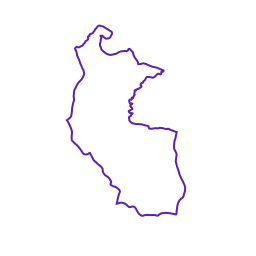 the district of La Victoria, Boyacá, Colombia, rotated 307°
{"feature_id": "7082276B50936254037238", "entity_name": "La Victoria", "entity_type": "district", "adm_level": 2, "iso_a3": "COL", "parent_name": "Colombia", "parent_adm1": "Boyacá", "projection": "orthographic", "projection_center": [-74.222, 5.516], "detail": "fine", "context": "isolated", "style": "outline", "palette": "violet", "viewbox_px": 256, "rotation_deg": 307, "n_neighbors": 0, "source": "geoboundaries", "source_scale": "gbopen_adm2", "svg_char_len": 5191}
<svg xmlns="http://www.w3.org/2000/svg" viewBox="0 0 256 256"><g transform="rotate(307 128 128)"><path d="M154.0,169.4L153.6,168.0L153.0,165.9L152.2,163.6L151.9,162.2L151.9,161.2L151.4,160.2L150.7,159.8L150.1,159.3L149.9,158.5L149.3,157.3L148.6,155.5L147.9,154.4L147.2,153.2L145.9,152.3L145.3,151.5L144.3,149.9L143.3,149.0L142.2,147.9L141.4,147.0L140.5,145.7L140.5,144.9L140.8,144.3L141.4,143.9L141.7,143.4L141.6,142.5L141.2,141.6L140.6,140.5L140.1,139.1L139.5,137.5L139.0,136.4L138.2,135.4L137.7,134.4L137.2,133.6L136.8,133.2L136.0,132.1L135.7,131.7L135.5,130.9L135.1,130.1L134.7,129.2L134.3,127.9L134.4,126.5L134.5,125.5L134.9,124.5L135.7,123.9L136.3,123.0L137.2,122.2L137.9,122.3L138.6,122.7L139.7,122.9L140.3,122.8L141.7,122.9L142.4,122.8L142.3,122.3L141.8,121.5L141.4,121.3L141.3,120.8L141.2,119.8L141.4,119.1L142.0,118.4L142.4,118.4L142.9,118.8L143.7,119.2L145.0,119.8L145.7,120.0L146.1,119.6L146.6,118.4L146.7,117.1L147.0,116.5L147.6,116.1L148.1,116.3L148.7,116.6L149.5,116.8L150.0,116.7L149.9,116.2L149.5,115.7L149.1,115.0L149.0,114.5L149.6,113.5L150.3,112.6L150.9,112.3L151.7,112.4L152.0,112.5L152.3,113.0L152.7,113.7L153.3,113.7L153.8,113.5L154.5,112.9L154.9,113.0L154.9,113.4L155.2,114.0L155.7,113.8L156.6,113.5L157.4,113.2L158.4,113.4L158.8,113.1L159.1,112.4L159.8,112.2L160.5,111.8L161.4,111.3L162.0,110.8L162.4,110.8L162.5,111.1L162.6,111.5L162.8,111.7L163.7,111.5L164.1,111.6L164.4,112.0L165.2,112.5L166.3,113.1L167.4,113.4L168.4,113.8L169.1,113.9L169.7,113.1L170.0,112.1L170.7,111.6L171.1,111.7L171.6,111.8L172.0,111.8L172.4,112.0L172.7,112.2L173.2,112.6L173.7,112.6L174.4,112.2L175.0,112.3L175.9,112.6L176.9,112.7L177.9,112.4L178.9,112.3L179.8,112.2L180.5,112.7L181.2,113.8L181.8,114.8L182.5,116.1L182.9,117.3L183.5,117.8L184.0,118.1L184.7,118.4L185.6,118.6L186.6,118.8L187.9,118.8L189.0,119.2L189.6,119.5L189.9,120.2L190.2,121.2L190.4,121.7L190.9,121.9L191.5,121.8L192.1,121.5L192.6,121.0L193.0,120.9L193.4,121.1L193.8,121.8L194.3,122.1L194.9,122.1L195.3,121.8L194.9,120.2L194.2,117.3L193.6,114.9L192.4,112.3L191.5,110.3L190.6,107.0L190.0,104.0L189.0,101.5L187.5,100.1L186.1,99.1L185.2,97.7L186.2,96.7L187.0,95.4L187.7,93.3L188.4,90.8L189.5,88.6L190.5,87.6L191.5,85.9L191.9,83.3L192.1,81.6L191.6,81.0L191.0,81.0L189.9,81.2L188.5,80.6L188.2,79.9L186.9,78.3L186.0,77.4L184.8,76.1L182.7,74.9L180.4,74.0L178.9,72.7L176.7,71.0L175.4,69.4L174.6,67.0L174.3,65.4L174.3,62.0L174.7,59.7L175.8,58.1L176.2,57.6L176.6,56.6L177.2,55.8L177.9,55.3L178.5,54.9L179.4,54.6L180.5,54.1L181.2,53.7L181.7,53.3L182.1,53.1L183.6,52.6L184.4,52.0L184.9,51.0L185.2,50.6L185.8,51.2L186.2,51.9L186.2,52.5L186.0,53.9L186.0,55.2L186.0,56.4L186.7,57.3L187.9,58.6L188.8,59.0L189.8,59.2L190.6,59.0L191.8,58.8L193.3,58.7L194.0,58.2L194.5,57.8L194.9,57.0L194.9,55.8L194.5,51.6L194.1,47.2L192.6,43.6L191.9,42.9L190.8,42.6L188.9,42.6L188.3,42.6L187.4,42.5L186.6,42.4L186.0,42.6L185.3,42.8L184.6,42.7L183.7,42.6L183.2,42.7L182.5,42.6L181.5,42.2L180.6,41.5L179.9,41.1L179.5,41.2L178.8,41.4L178.3,41.8L177.9,41.7L177.4,41.3L176.8,41.1L176.3,41.5L175.7,42.2L175.1,42.5L174.2,42.7L173.2,42.5L172.5,42.0L171.4,41.9L170.6,42.1L169.9,42.3L169.1,42.0L168.1,41.9L167.1,42.1L165.8,41.8L165.0,41.2L164.1,40.9L163.1,40.4L162.4,39.6L161.9,38.2L161.0,37.9L159.8,37.7L159.2,38.4L158.5,39.7L157.7,41.1L155.2,43.9L152.4,48.9L150.7,51.3L149.0,54.4L148.0,56.0L147.5,57.5L145.0,60.4L142.2,61.3L140.7,61.5L138.6,61.7L136.8,61.4L134.6,61.2L132.1,61.2L130.1,61.7L128.3,62.0L126.3,62.3L124.5,63.1L122.6,64.3L120.8,65.4L120.0,66.0L119.5,66.8L118.2,67.9L116.3,68.8L115.2,69.0L114.0,69.6L112.0,70.5L109.5,71.9L108.3,72.7L105.6,74.4L103.1,75.5L101.2,75.5L99.3,75.0L97.4,74.5L97.1,75.5L96.2,77.6L94.9,80.3L94.1,81.6L92.9,83.5L91.6,85.3L89.8,86.6L87.6,87.9L86.1,89.0L84.4,90.5L84.2,91.3L84.1,92.6L83.8,93.9L83.7,94.8L83.6,95.9L83.6,97.0L83.3,99.0L82.9,100.8L82.0,103.6L81.5,105.3L80.9,106.6L80.7,107.5L80.7,108.7L81.2,109.9L82.2,111.1L83.6,111.9L85.0,112.2L85.1,112.6L84.5,113.9L83.9,115.2L82.9,117.4L81.6,120.1L81.4,121.9L81.4,123.3L81.0,125.8L81.0,128.7L80.8,130.4L80.3,131.9L79.7,132.7L78.1,134.0L77.0,135.9L76.8,137.2L76.5,138.2L76.7,140.1L76.8,140.8L76.7,142.0L76.4,143.8L75.6,145.5L75.2,146.7L74.7,147.1L73.5,147.5L72.8,147.7L72.3,148.1L72.2,149.0L72.5,150.9L73.5,154.1L73.6,156.3L73.3,158.2L73.0,159.2L72.2,159.9L70.1,160.5L67.5,161.5L65.4,162.3L63.1,163.5L61.3,164.1L60.7,164.5L61.5,165.2L63.2,166.4L64.3,167.5L65.1,168.8L65.7,170.9L65.9,172.7L65.6,174.2L65.5,175.6L65.5,176.4L66.4,177.6L67.3,178.2L68.3,179.2L68.7,180.0L68.8,181.0L68.4,182.8L67.5,184.6L66.5,186.9L66.0,189.0L66.1,191.2L66.5,192.4L67.9,193.4L69.5,194.8L71.1,197.1L72.4,198.9L74.1,201.0L74.9,202.4L75.4,204.0L76.3,204.7L77.7,205.0L78.8,205.4L80.0,206.1L82.2,208.2L83.4,209.8L85.1,212.7L86.8,216.1L87.8,218.3L89.0,218.2L90.8,216.9L93.2,215.6L95.3,214.4L97.5,213.4L99.7,212.8L101.5,212.7L103.8,213.0L104.6,213.4L105.3,213.6L107.2,213.3L109.0,212.5L112.2,211.3L115.1,209.3L116.8,206.8L117.4,205.6L118.3,204.3L119.6,201.2L121.5,197.7L124.5,193.8L126.7,190.4L130.2,186.1L133.0,184.5L135.5,183.2L136.8,182.0L138.1,179.6L138.7,178.2L139.3,177.3L140.8,176.0L143.2,174.4L145.7,172.9L148.0,172.2L152.2,170.2L154.0,169.4Z" fill="none" stroke="#5b21b6" stroke-width="2"/></g></svg>